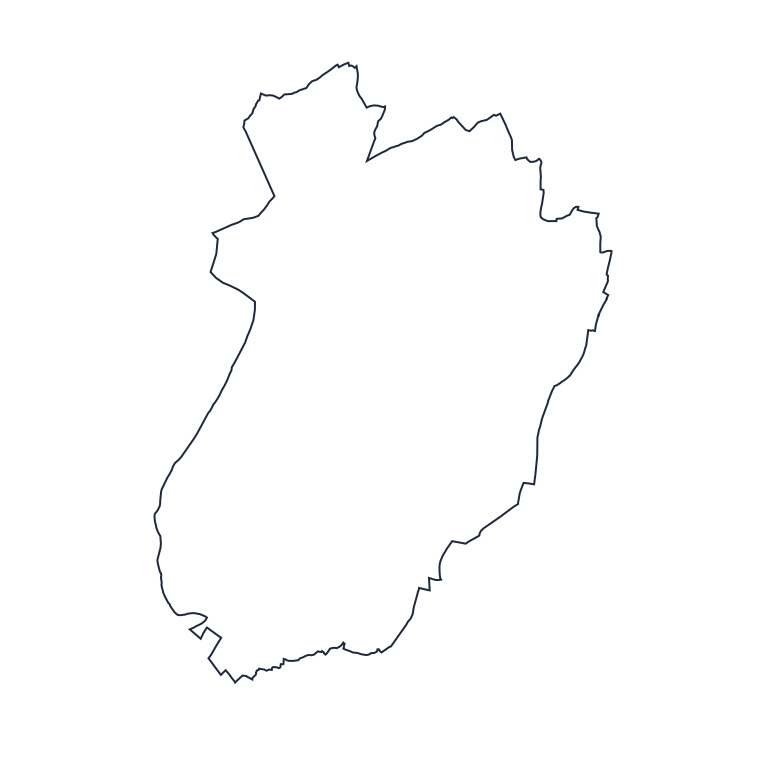 outline of Leliceni, Harghita, Romania, rotated 277°
{"feature_id": "2599482B31313199179337", "entity_name": "Leliceni", "entity_type": "district", "adm_level": 2, "iso_a3": "ROU", "parent_name": "Romania", "parent_adm1": "Harghita", "projection": "natural_earth1", "projection_center": [25.877, 46.341], "detail": "fine", "context": "isolated", "style": "outline", "palette": "slate", "viewbox_px": 768, "rotation_deg": 277, "n_neighbors": 0, "source": "geoboundaries", "source_scale": "gbopen_adm2", "svg_char_len": 6122}
<svg xmlns="http://www.w3.org/2000/svg" viewBox="0 0 768 768"><g transform="rotate(277 384 384)"><path d="M446.6,580.0L462.4,580.2L462.1,582.7L462.7,584.6L462.3,586.2L462.3,586.9L469.0,587.1L475.9,588.1L478.3,588.9L478.3,588.3L489.0,592.0L495.4,594.8L495.7,594.4L499.6,595.7L502.0,590.4L512.8,593.6L514.0,593.7L514.9,593.4L518.8,593.1L519.5,591.9L520.3,591.6L525.8,592.0L534.6,593.1L541.7,593.7L543.7,593.6L543.8,592.7L543.4,590.5L543.0,588.7L541.3,585.5L541.1,584.7L541.1,582.7L541.3,582.6L550.2,581.5L556.4,581.2L557.6,580.8L561.1,579.4L564.1,577.5L567.2,575.8L569.0,575.7L570.6,575.2L571.8,575.1L574.4,574.5L575.7,575.7L579.2,576.3L579.3,566.3L579.5,561.2L580.4,554.9L583.5,555.3L583.4,553.6L582.9,552.5L581.7,551.0L579.2,549.6L574.7,547.8L572.9,544.4L571.4,542.5L569.9,540.2L569.6,538.0L568.9,535.2L566.6,535.2L566.5,533.3L565.6,526.8L566.8,522.3L568.3,519.6L570.2,518.7L573.8,518.3L577.9,518.4L582.0,518.9L593.2,519.2L596.1,518.6L596.3,515.7L605.3,514.6L607.8,514.6L614.3,513.4L617.4,512.7L620.3,512.9L622.4,513.3L624.3,512.8L626.1,511.2L626.4,510.3L624.8,509.0L623.6,507.3L622.8,505.3L622.3,502.5L622.5,501.7L623.7,499.9L625.3,498.2L626.3,497.8L624.2,491.0L622.8,488.0L622.3,487.1L625.2,485.1L632.1,482.6L641.4,481.3L644.4,479.9L649.5,476.8L657.1,472.5L666.5,466.4L663.9,462.4L664.6,460.4L658.7,453.9L656.4,447.8L654.6,445.0L649.9,441.9L645.3,438.0L646.0,434.6L646.6,433.5L653.1,425.9L655.5,423.8L657.4,420.6L656.3,419.5L656.7,418.2L654.4,416.3L650.8,411.6L648.4,408.9L646.7,405.1L641.9,399.2L639.5,395.7L638.3,393.6L634.8,391.1L631.3,386.8L628.9,383.0L628.1,381.0L627.4,378.1L625.8,375.0L624.5,372.1L622.5,369.4L620.9,365.6L620.3,364.8L619.5,362.4L617.5,359.6L616.0,357.8L612.7,352.7L609.3,347.9L603.3,339.9L622.8,344.4L627.0,345.5L629.3,344.3L632.4,343.6L635.4,344.3L639.0,345.8L643.9,346.1L647.1,348.7L649.8,349.6L656.4,351.4L659.6,351.2L658.9,350.0L658.8,348.5L659.5,344.4L659.4,341.5L659.1,339.3L657.9,335.9L656.2,333.1L664.2,327.3L666.5,324.9L670.2,322.4L672.8,321.2L675.2,320.5L680.1,320.8L686.0,320.6L688.8,320.2L696.1,318.0L694.3,316.6L695.1,315.4L696.0,313.2L696.0,312.5L695.9,311.8L695.4,310.8L698.5,309.5L697.9,308.3L696.3,305.4L694.0,302.1L692.9,300.7L695.3,299.0L694.1,297.3L689.1,292.4L682.9,285.2L680.5,283.1L677.6,279.7L675.9,275.9L672.3,272.8L668.4,271.0L665.2,264.3L663.0,261.6L662.3,259.5L660.7,257.2L659.2,249.7L656.4,247.5L654.5,245.3L655.9,241.6L656.8,238.5L656.7,235.6L655.9,231.6L657.3,226.4L650.5,225.7L649.8,224.4L647.7,223.7L646.0,222.8L644.4,222.8L640.4,220.8L637.9,220.6L636.9,220.4L635.1,219.3L634.0,218.3L633.1,218.0L631.0,216.8L628.5,213.4L625.3,213.5L621.6,213.1L617.5,216.1L558.2,251.7L557.1,252.4L553.9,250.2L550.9,247.9L547.7,246.5L542.5,243.6L539.1,241.1L535.6,238.8L533.0,233.8L530.4,224.6L527.4,221.0L526.0,218.6L523.4,213.3L514.5,198.6L512.9,195.4L511.5,196.5L509.0,199.5L507.8,201.3L492.6,201.7L474.0,198.2L468.9,204.3L464.8,211.9L463.2,218.0L459.7,228.2L456.8,233.9L449.9,245.9L442.9,246.7L441.0,246.8L431.3,246.6L422.8,244.8L416.8,243.2L416.0,242.8L408.2,241.1L392.7,235.3L385.3,232.4L382.4,231.0L379.0,230.9L375.2,229.6L370.1,228.3L367.3,227.5L362.2,225.6L357.9,223.7L353.3,222.3L348.8,220.4L345.1,218.6L342.3,216.8L340.8,216.5L336.2,214.7L333.9,213.1L311.9,204.5L307.3,202.4L286.8,191.6L283.4,189.2L280.0,186.1L276.1,184.5L273.5,184.0L272.4,183.7L267.6,181.8L264.4,180.3L252.0,176.1L249.7,175.9L241.3,176.1L237.8,176.4L235.2,176.2L233.4,175.5L231.5,175.0L229.6,173.9L227.7,172.6L226.7,172.3L224.7,172.3L220.4,173.2L213.6,175.6L210.4,177.2L207.0,179.5L206.3,180.2L205.5,180.6L198.4,182.0L196.1,182.1L193.9,182.1L181.6,180.5L178.6,181.3L176.1,182.2L171.0,184.2L169.6,185.0L169.0,185.7L167.5,186.2L165.8,186.3L165.1,186.1L159.7,187.6L157.5,187.6L154.3,188.6L153.1,189.2L149.9,190.4L145.8,192.8L140.3,196.7L139.6,197.7L139.0,198.3L137.8,198.7L132.0,203.8L129.7,207.2L129.7,209.2L129.8,210.8L130.3,212.3L131.0,215.0L132.0,216.9L133.0,220.8L133.4,222.8L133.4,226.1L133.1,227.9L133.2,229.1L131.5,235.1L130.6,236.7L128.2,235.8L126.5,234.6L124.3,232.5L122.6,230.1L121.0,227.5L118.9,224.7L116.8,221.1L108.8,233.1L114.2,234.9L117.2,236.2L120.7,237.9L112.2,253.3L104.0,249.5L93.5,245.1L90.4,243.2L75.4,257.5L80.6,261.7L77.2,265.5L73.0,269.4L70.6,271.9L69.5,272.6L72.0,274.5L76.6,278.5L77.3,278.9L77.4,282.9L76.6,284.1L76.2,285.4L74.6,289.3L76.3,289.3L79.7,292.1L80.7,292.3L82.0,292.1L83.4,292.7L84.0,292.6L85.2,294.6L86.2,294.7L86.0,300.0L85.1,302.3L86.6,304.8L86.5,307.4L88.6,307.5L89.5,308.4L89.7,310.2L89.7,312.2L89.3,313.5L89.4,314.9L90.4,315.7L93.3,315.7L93.7,318.3L96.8,318.2L98.8,318.0L98.6,318.5L98.8,319.4L97.8,321.9L97.6,323.3L98.1,327.6L99.4,332.5L101.6,334.3L103.0,337.2L103.8,338.2L105.3,340.7L105.8,342.0L105.9,344.8L106.9,347.6L110.5,350.8L110.3,354.4L111.4,355.0L110.1,357.2L109.2,357.4L108.9,358.2L108.3,358.9L108.9,359.6L113.2,362.0L114.6,362.5L115.8,365.2L116.1,367.2L116.1,369.4L117.9,372.0L118.8,373.0L121.1,374.5L122.4,375.1L121.3,376.6L119.3,376.1L117.7,376.3L116.7,375.9L116.4,376.0L116.0,376.8L114.7,382.7L113.7,385.9L113.8,389.4L113.7,391.1L113.0,394.4L112.8,399.0L113.2,400.8L114.0,402.7L115.3,403.9L115.9,407.3L117.9,409.8L119.8,409.8L120.1,411.1L118.4,412.6L117.5,413.7L117.3,414.3L123.6,421.3L124.4,422.9L147.7,435.4L151.1,436.8L154.1,438.9L157.3,440.0L159.3,440.5L164.5,440.7L167.1,440.9L178.9,442.7L181.9,443.0L184.1,443.6L185.9,443.7L185.4,447.3L184.7,454.5L197.0,452.3L195.9,458.1L195.8,459.6L196.0,461.7L196.8,464.5L198.3,463.4L201.9,462.5L205.8,461.8L209.6,461.3L212.0,461.3L215.0,461.6L219.9,462.9L227.6,466.2L236.3,470.8L235.5,484.6L238.0,487.3L243.7,495.2L245.0,496.8L245.3,497.1L247.0,497.1L249.8,498.0L252.7,500.2L266.7,515.9L278.0,527.7L281.2,531.7L282.9,531.6L291.6,532.0L294.4,532.5L301.4,534.2L302.9,534.7L302.9,541.3L302.7,545.2L313.3,545.3L331.8,544.8L348.6,542.9L349.7,542.8L355.0,543.3L356.8,543.3L360.2,544.1L367.4,544.9L370.4,545.4L384.5,548.7L387.6,549.1L396.7,551.4L402.8,553.5L403.7,555.5L406.5,558.9L407.8,560.1L410.7,563.6L413.7,566.4L414.1,566.5L414.5,567.1L415.3,567.7L419.7,569.7L424.2,572.2L426.9,573.9L429.7,575.3L437.2,578.2L440.8,578.9L444.5,579.4L446.6,580.0Z" fill="none" stroke="#1e293b" stroke-width="2"/></g></svg>